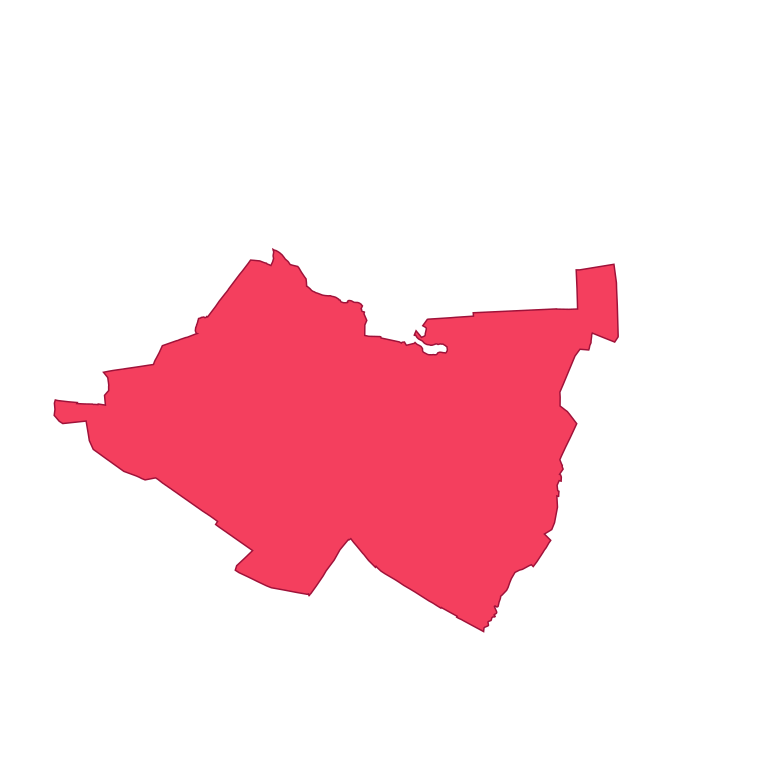 Vaboles pag., Daugavpils, Latvia (Mercator projection), rotated 311°
{"feature_id": "27541924B48238207872325", "entity_name": "Vaboles pag.", "entity_type": "district", "adm_level": 2, "iso_a3": "LVA", "parent_name": "Latvia", "parent_adm1": "Daugavpils", "projection": "mercator", "projection_center": [26.498, 56.031], "detail": "fine", "context": "isolated", "style": "filled", "palette": "rose", "viewbox_px": 768, "rotation_deg": 311, "n_neighbors": 0, "source": "geoboundaries", "source_scale": "gbopen_adm2", "svg_char_len": 6051}
<svg xmlns="http://www.w3.org/2000/svg" viewBox="0 0 768 768"><g transform="rotate(311 384 384)"><path d="M625.2,479.0L598.6,456.9L596.2,454.2L582.6,467.1L573.6,475.4L567.6,480.9L561.7,474.6L553.9,465.3L554.0,465.1L496.3,404.6L493.9,407.0L481.2,394.2L477.5,390.6L461.9,374.8L461.2,374.3L453.4,375.0L454.0,378.2L453.9,379.1L453.4,379.8L448.9,382.2L448.4,382.7L447.6,383.1L447.0,383.2L443.8,381.7L445.2,373.3L440.1,375.0L440.5,375.0L441.1,375.3L441.5,375.7L441.2,377.0L440.8,378.2L440.7,379.4L440.7,380.8L440.9,381.6L441.1,382.6L441.5,384.1L441.6,385.1L441.6,385.7L441.4,386.2L441.3,387.5L441.4,388.4L441.6,389.2L441.9,390.3L442.2,390.9L443.3,392.5L443.9,393.9L444.9,394.9L446.7,396.0L448.4,396.9L448.7,397.3L449.0,397.9L449.1,398.2L449.2,398.7L449.7,399.2L450.9,399.9L451.2,400.1L451.5,400.8L452.6,402.1L452.9,402.7L453.0,404.1L453.3,405.0L453.2,405.9L453.4,407.0L451.6,409.2L450.4,409.9L448.3,410.3L447.7,410.0L447.0,408.7L446.3,408.0L446.0,407.2L445.1,405.9L444.7,405.3L443.8,404.7L442.9,404.2L441.4,404.4L440.3,404.1L439.4,403.2L438.6,402.0L437.3,400.8L435.8,399.0L435.3,398.3L434.9,397.5L434.1,394.0L433.9,393.0L433.9,392.4L434.2,391.6L434.6,391.1L436.0,389.8L436.4,388.2L436.6,387.3L436.5,386.7L436.2,385.1L435.8,383.7L435.6,382.7L435.6,381.8L435.7,380.2L434.6,380.2L427.9,375.5L429.0,372.1L429.1,371.9L427.4,370.3L426.3,370.2L425.8,367.9L416.8,351.6L417.5,350.6L417.1,349.8L413.9,345.9L410.0,341.2L408.0,337.6L416.0,330.8L420.7,329.3L423.7,323.1L424.1,322.7L424.8,322.3L425.4,322.1L425.4,321.9L425.3,321.6L424.5,320.0L424.6,319.4L424.8,318.9L425.6,318.1L425.7,317.4L428.8,316.5L428.9,315.5L429.1,314.9L429.2,314.3L429.0,313.4L429.0,312.6L428.8,312.0L428.5,311.2L428.3,310.7L426.9,309.0L426.1,307.9L425.9,307.4L425.6,305.8L425.4,305.0L424.9,304.0L424.1,302.8L423.8,302.6L423.2,302.3L422.8,302.3L422.3,302.4L422.3,302.5L422.2,302.9L422.1,303.0L421.4,302.9L420.3,301.9L418.9,300.3L417.9,298.1L417.8,297.7L418.0,296.9L418.4,296.2L418.5,295.8L418.0,295.0L418.0,294.8L418.3,294.3L418.3,294.2L417.9,291.4L417.7,290.5L416.8,288.5L416.1,287.4L415.4,285.6L414.9,285.0L414.6,284.8L413.9,284.0L412.1,281.5L410.8,279.4L408.8,274.0L408.2,272.8L407.8,270.8L407.3,269.5L407.1,268.0L407.4,265.5L407.3,261.5L407.1,261.4L409.8,258.8L412.2,256.2L412.7,253.9L413.7,250.2L414.2,248.3L415.8,243.6L416.0,242.3L416.1,241.8L413.7,237.2L412.6,234.8L413.5,231.3L413.5,227.5L414.0,225.5L414.6,222.4L414.6,219.1L414.3,216.9L413.8,214.7L413.4,214.2L413.1,213.5L412.8,211.9L412.3,212.5L411.6,213.8L410.9,214.4L408.4,215.9L407.7,216.5L406.3,218.3L403.1,219.8L399.2,220.9L398.8,219.6L398.7,219.0L398.1,217.6L397.9,216.9L398.1,216.1L397.6,215.3L396.9,213.7L395.4,209.5L392.2,205.0L390.0,202.0L385.8,202.4L376.3,203.0L372.1,203.1L353.6,204.4L352.8,204.6L349.7,204.8L348.4,204.8L338.3,205.3L332.2,206.0L319.0,206.9L318.9,206.3L318.6,205.9L318.2,206.2L316.9,205.6L316.5,205.2L316.4,204.1L315.8,203.6L315.2,203.2L314.9,202.8L314.1,202.3L313.9,202.4L313.5,202.3L313.0,202.0L312.7,201.7L312.2,201.3L311.7,201.1L311.0,201.5L309.6,202.1L308.8,202.6L306.7,203.5L305.9,203.7L305.1,204.2L303.0,204.9L300.5,206.6L299.8,207.6L299.4,208.5L299.3,208.9L299.3,209.2L299.5,209.9L298.1,209.0L290.1,204.8L290.0,204.7L289.0,203.9L283.3,200.6L281.7,199.9L280.5,199.0L267.5,191.6L260.1,193.8L254.1,195.2L252.0,195.6L250.3,196.1L247.5,197.2L236.4,187.8L216.4,170.6L213.1,167.9L208.8,164.6L207.6,171.3L204.3,175.1L202.5,177.1L201.6,177.7L198.4,180.5L192.1,180.5L185.3,187.6L181.4,181.4L180.8,181.7L178.8,179.0L178.1,178.4L177.6,177.2L172.4,171.0L167.7,165.0L168.8,164.7L163.7,157.7L157.6,148.8L156.3,146.4L153.3,147.8L149.0,152.3L143.9,155.7L143.7,157.5L142.8,163.3L143.4,167.5L160.6,183.5L151.7,194.3L147.9,198.8L143.9,207.5L144.3,211.5L145.3,222.9L147.4,245.0L152.1,257.4L153.1,260.6L153.7,263.2L154.9,266.6L163.3,273.2L163.7,275.7L164.0,281.9L165.0,290.8L169.1,330.5L170.3,339.3L170.8,344.5L171.1,348.6L167.5,349.1L167.8,353.1L172.1,394.1L160.8,393.1L150.2,392.0L145.9,393.9L146.5,398.3L149.2,407.8L151.2,415.3L151.7,417.3L154.6,427.7L156.3,432.6L162.4,442.8L168.2,452.8L169.3,454.7L174.9,464.0L175.0,464.1L175.9,464.6L175.1,466.3L175.3,466.4L177.2,466.1L177.8,466.3L187.3,465.4L199.2,464.0L205.0,462.9L218.4,461.9L230.1,459.5L243.0,459.2L242.9,459.5L243.7,460.0L245.5,460.4L244.5,465.2L243.8,470.0L242.2,479.4L242.2,480.1L240.7,488.1L240.0,497.8L241.2,497.6L241.0,499.1L240.8,504.4L241.4,509.0L243.2,518.5L243.7,521.3L244.3,525.4L245.0,531.1L246.3,537.9L247.3,543.6L249.8,560.3L250.7,564.4L251.4,569.3L252.2,574.0L252.9,573.9L256.7,591.6L255.7,591.8L256.1,594.0L257.0,596.9L257.5,599.4L262.5,621.6L265.5,619.5L266.5,619.6L268.9,620.8L269.6,621.1L270.2,621.2L270.6,621.0L271.2,620.3L271.8,619.5L272.4,618.8L272.7,618.6L273.2,618.7L273.9,618.9L275.7,619.9L276.2,619.8L278.1,618.9L278.5,618.8L279.2,618.8L280.0,619.4L280.8,620.3L281.2,620.4L281.5,620.4L281.7,620.2L281.7,619.1L281.9,618.7L282.2,618.5L282.7,618.6L283.3,618.9L284.5,619.2L284.9,619.2L285.6,618.9L286.2,618.1L288.1,614.0L288.4,613.4L288.7,613.2L289.1,613.3L289.3,613.5L289.5,613.8L289.6,615.0L289.7,615.3L290.0,615.7L290.5,615.9L291.0,616.0L291.6,615.7L295.0,613.9L298.1,612.7L299.1,612.2L300.3,611.3L302.4,611.6L308.7,611.9L311.9,611.1L315.6,609.6L316.6,609.2L320.7,607.8L327.5,606.5L328.1,606.6L332.5,608.4L335.0,610.1L342.0,612.7L344.3,613.8L344.1,616.4L350.1,616.0L361.0,614.5L363.8,614.0L366.8,613.8L372.3,612.7L374.9,612.5L375.4,612.4L376.0,603.5L384.2,606.1L391.2,603.7L404.9,595.7L412.9,587.9L413.6,589.4L414.1,589.4L414.2,589.1L417.7,586.5L417.8,586.4L417.5,585.2L417.6,584.9L421.1,581.1L426.0,579.6L426.9,581.4L430.1,578.9L431.2,577.1L431.0,575.7L437.3,575.0L438.5,572.7L439.5,572.0L439.4,571.9L442.2,566.4L445.9,565.2L455.7,562.4L465.5,559.8L480.5,555.5L482.8,544.3L483.5,540.4L483.3,538.2L482.9,531.3L489.6,525.6L493.2,522.1L494.1,521.8L502.5,519.1L530.4,509.8L538.8,509.1L544.0,516.2L545.8,515.4L548.0,514.1L550.9,513.2L552.5,511.9L556.4,509.3L557.1,508.6L559.1,507.8L562.0,516.3L567.0,530.6L573.1,529.8L574.0,529.1L596.5,508.4L608.3,497.2L612.8,493.1L625.2,479.0Z" fill="#f43f5e" stroke="#9f1239" stroke-width="1.5"/></g></svg>